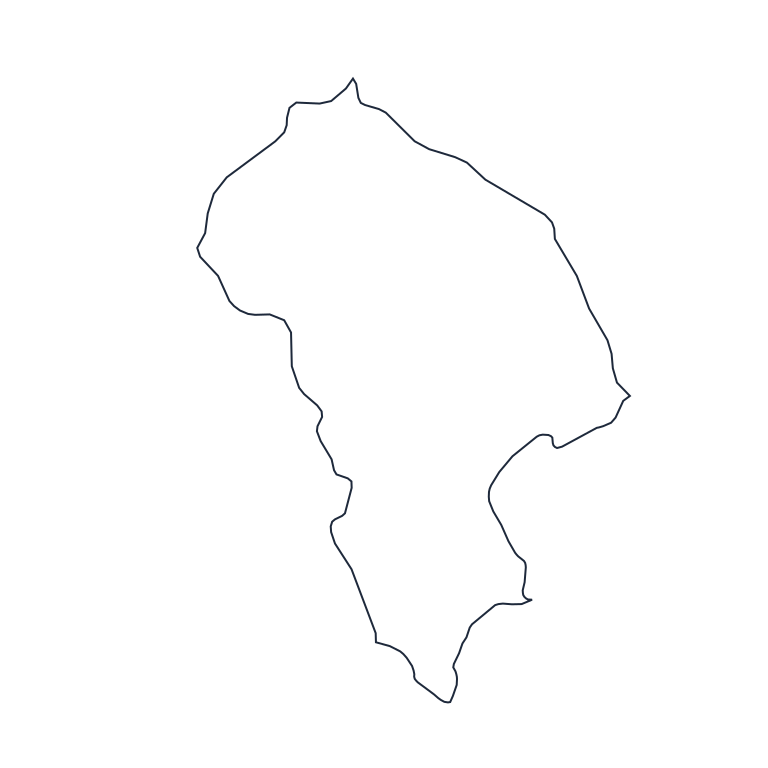 map outline of Parma (Equal Earth projection), rotated 293°
{"feature_id": "ITA-5360", "entity_name": "Parma", "entity_type": "Province", "adm_level": 1, "iso_a3": "ITA", "parent_name": "Italy", "parent_adm1": "", "projection": "equal_earth", "projection_center": [9.894, 44.694], "detail": "fine", "context": "isolated", "style": "outline", "palette": "slate", "viewbox_px": 768, "rotation_deg": 293, "n_neighbors": 0, "source": "natural_earth", "source_scale": "10m", "svg_char_len": 1966}
<svg xmlns="http://www.w3.org/2000/svg" viewBox="0 0 768 768"><g transform="rotate(293 384 384)"><path d="M329.5,339.9L334.4,337.3L338.2,330.9L343.5,314.4L347.3,307.4L364.3,292.2L395.1,278.3L403.7,267.2L403.4,251.6L397.3,238.3L395.4,231.5L395.4,222.7L397.1,215.6L400.0,209.3L418.7,189.0L429.3,165.0L436.3,158.9L453.0,160.4L472.1,155.1L492.6,153.0L512.8,158.5L564.9,189.1L576.7,193.8L584.2,193.3L591.2,190.7L601.3,189.1L608.8,193.3L617.0,215.2L623.8,224.8L641.1,233.5L653.0,236.1L649.4,241.1L637.4,248.6L633.7,252.8L633.4,257.6L635.1,271.9L634.5,279.6L619.4,317.4L617.8,333.8L620.6,360.9L620.2,373.8L611.7,397.5L602.7,465.9L598.4,475.5L593.5,480.0L584.3,484.6L558.8,519.3L533.6,543.3L511.6,572.6L500.7,581.7L487.9,588.5L476.3,597.9L469.1,615.0L462.0,610.8L443.6,610.3L437.1,608.2L430.8,602.2L428.0,598.8L426.8,597.0L395.9,572.4L392.7,568.3L392.8,566.1L393.7,564.0L395.5,562.5L400.4,559.9L401.2,558.2L401.3,555.3L399.4,549.9L397.5,547.1L395.2,545.2L367.7,530.5L348.0,524.5L332.7,522.2L329.0,522.2L325.7,522.8L321.2,524.5L317.2,526.6L309.4,534.4L300.1,547.0L287.9,560.0L279.9,570.6L278.8,572.6L277.8,574.8L275.8,582.0L274.5,583.8L272.7,585.1L270.6,586.2L256.5,590.9L248.3,592.3L246.1,593.4L244.2,594.6L242.9,596.4L242.1,598.6L241.9,600.7L243.3,604.6L235.2,596.7L231.2,587.8L228.3,579.2L226.1,575.3L223.9,572.7L197.2,558.9L193.3,558.1L183.0,558.9L175.8,557.6L165.5,558.3L153.6,557.7L150.2,558.5L147.4,562.1L145.1,564.0L142.9,565.5L140.9,566.5L135.4,568.5L123.8,569.3L117.1,569.2L115.9,567.3L115.0,563.7L115.4,559.7L116.1,556.6L117.8,551.4L122.6,531.6L123.5,529.5L124.6,527.5L126.4,526.1L128.7,525.3L131.8,523.2L135.4,520.0L140.8,511.9L143.0,507.3L144.2,503.4L145.0,491.8L143.1,477.5L151.4,473.7L200.8,426.5L218.0,401.2L227.0,393.2L232.1,390.6L237.0,390.1L240.3,391.8L246.3,397.0L249.7,398.6L275.8,394.8L281.6,392.1L283.0,387.5L282.2,375.6L285.1,371.7L294.2,365.2L306.7,348.0L314.3,340.7L319.1,339.3L329.5,339.9Z" fill="none" stroke="#1e293b" stroke-width="2"/></g></svg>